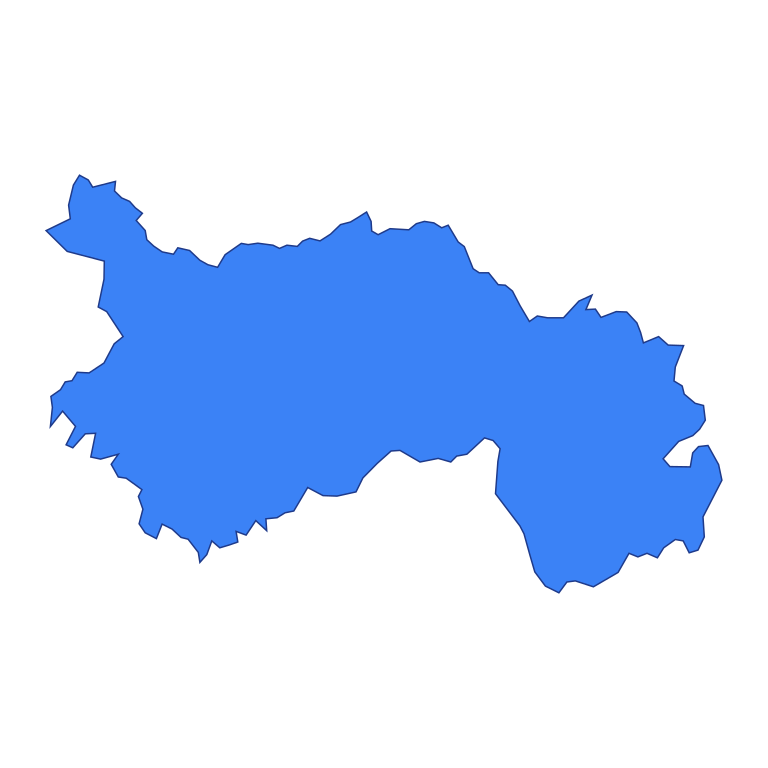 outline of Trindade do Sul, Rio Grande do Sul, Brazil
{"feature_id": "56859067B60516557813465", "entity_name": "Trindade do Sul", "entity_type": "district", "adm_level": 2, "iso_a3": "BRA", "parent_name": "Brazil", "parent_adm1": "Rio Grande do Sul", "projection": "equal_earth", "projection_center": [-52.905, -27.526], "detail": "fine", "context": "isolated", "style": "filled", "palette": "blue", "viewbox_px": 768, "rotation_deg": 0, "n_neighbors": 0, "source": "geoboundaries", "source_scale": "gbopen_adm2", "svg_char_len": 2363}
<svg xmlns="http://www.w3.org/2000/svg" viewBox="0 0 768 768"><path d="M592.0,295.1L578.9,301.1L563.5,317.8L547.6,317.8L537.3,316.0L529.4,321.5L520.0,305.6L512.5,291.1L505.3,285.2L498.2,284.7L488.6,272.8L479.2,272.8L473.1,268.7L464.3,246.6L458.2,242.0L448.2,225.2L441.7,227.8L433.9,222.9L424.4,221.4L416.3,223.7L408.8,229.8L390.0,228.7L378.1,234.7L371.7,231.0L371.1,221.4L366.6,212.0L356.8,218.2L350.5,222.0L340.5,224.6L330.5,234.2L320.0,240.9L309.7,238.3L302.6,241.1L297.3,246.4L286.9,245.2L279.5,248.4L273.0,245.2L257.8,243.2L248.2,244.6L241.3,243.4L225.1,254.7L217.6,267.3L207.8,264.7L199.8,260.2L189.6,250.5L177.8,247.8L173.5,254.2L162.2,251.9L153.7,246.1L146.8,239.7L145.2,230.5L136.2,220.5L142.4,213.3L135.3,207.8L129.6,201.4L121.6,197.9L114.5,191.0L115.5,181.4L92.7,187.2L88.3,180.0L79.5,175.2L73.4,185.1L68.6,205.1L70.3,218.8L46.1,230.6L67.2,251.4L104.3,261.1L104.0,279.2L98.2,307.0L106.7,311.6L123.1,336.6L114.2,343.8L104.0,363.0L89.1,372.9L77.2,372.3L72.0,380.7L65.2,381.9L60.5,389.7L50.9,396.4L52.4,407.4L50.4,426.5L62.6,411.1L75.5,426.4L66.1,444.8L72.8,447.8L78.5,441.4L85.3,433.8L95.6,433.3L90.8,457.0L100.6,459.1L118.3,454.2L111.2,464.3L118.3,477.0L126.2,478.2L141.9,489.6L138.4,496.5L142.9,509.2L139.1,523.8L145.2,532.8L156.4,538.6L162.1,524.1L172.1,529.1L181.0,537.4L188.1,539.2L198.3,552.4L199.9,562.4L206.8,554.6L211.8,540.9L219.8,547.8L229.2,545.0L237.8,542.0L236.1,531.4L246.1,535.1L255.8,520.6L266.7,530.7L265.9,518.8L277.1,517.7L285.0,512.8L293.8,511.0L307.7,487.5L323.0,495.6L337.0,496.1L356.0,491.9L362.9,477.9L377.2,463.4L391.1,451.0L400.0,450.4L420.0,462.0L438.2,458.4L450.8,462.0L456.7,456.1L466.9,454.2L484.5,437.9L493.1,440.5L500.1,448.7L497.9,461.4L495.5,493.7L519.9,525.9L524.0,533.8L530.0,555.4L534.8,571.9L545.4,586.1L558.9,592.8L566.9,582.0L575.3,580.9L593.4,586.8L618.1,572.4L629.0,553.3L637.9,556.9L647.0,553.3L657.4,557.8L663.7,547.8L675.3,539.5L683.2,540.9L689.2,552.8L698.0,550.1L704.3,536.9L703.0,516.9L721.9,480.2L718.6,464.6L708.0,445.5L698.5,446.6L692.7,452.9L690.3,466.9L669.9,466.6L663.1,458.8L678.7,441.4L692.8,435.6L699.6,429.2L705.3,420.2L703.5,405.5L695.1,403.3L684.2,394.1L682.2,386.0L674.0,381.0L675.3,367.0L683.6,345.6L668.2,345.1L658.6,336.6L643.4,342.9L640.6,332.5L636.9,322.9L626.7,312.0L616.2,311.6L601.0,317.4L595.4,309.1L585.9,309.6L592.0,295.1Z" fill="#3b82f6" stroke="#1e3a8a" stroke-width="1.5"/></svg>